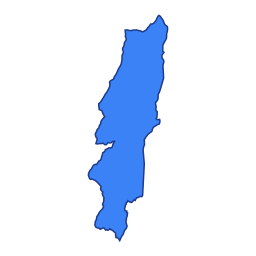 Teresina de Goiás, Goiás, Brazil (Robinson projection)
{"feature_id": "56859067B93645483356957", "entity_name": "Teresina de Goiás", "entity_type": "district", "adm_level": 2, "iso_a3": "BRA", "parent_name": "Brazil", "parent_adm1": "Goiás", "projection": "robinson", "projection_center": [-47.245, -13.693], "detail": "fine", "context": "isolated", "style": "filled", "palette": "blue", "viewbox_px": 256, "rotation_deg": 0, "n_neighbors": 0, "source": "geoboundaries", "source_scale": "gbopen_adm2", "svg_char_len": 3435}
<svg xmlns="http://www.w3.org/2000/svg" viewBox="0 0 256 256"><path d="M142.6,195.5L144.3,163.6L144.0,160.6L143.1,150.0L143.3,148.4L143.6,147.1L144.5,144.6L144.4,142.1L144.3,139.5L145.3,138.2L145.9,137.0L146.9,135.7L147.9,134.4L149.6,133.0L151.8,131.5L152.4,129.4L153.0,127.8L154.1,126.7L156.1,125.6L157.3,124.7L159.3,124.0L159.9,121.9L159.9,120.7L159.6,119.4L158.2,119.7L156.9,119.5L156.2,118.4L156.9,117.3L157.1,114.6L157.2,112.8L157.1,111.3L156.2,110.8L155.7,109.7L156.0,108.3L156.2,107.0L156.0,105.8L155.5,104.0L155.6,102.6L156.5,101.6L157.7,99.8L158.1,98.1L158.1,95.4L158.5,93.7L159.6,91.7L160.0,90.3L160.5,88.9L161.3,86.0L161.9,84.2L162.4,82.2L163.6,78.1L163.3,71.8L163.2,70.3L163.1,68.9L163.0,67.8L163.0,65.9L163.1,64.6L163.9,61.9L163.6,60.1L162.6,58.9L161.8,56.6L162.1,55.0L164.0,52.3L162.9,51.3L162.7,49.3L162.9,47.3L162.7,46.0L163.2,44.4L164.0,42.9L166.3,38.7L166.6,37.1L166.6,34.6L166.7,33.4L167.1,32.1L167.5,30.6L167.6,29.2L167.4,26.6L165.3,25.0L164.4,23.7L163.2,20.5L160.3,16.3L159.0,15.4L158.0,16.2L157.1,17.9L156.0,20.5L153.8,23.2L152.2,24.0L150.7,24.0L149.4,25.9L147.8,27.6L146.4,29.8L143.5,31.5L142.5,31.9L141.1,31.1L136.3,29.9L134.1,30.1L133.1,30.0L131.6,30.6L129.3,30.5L127.8,30.0L126.4,29.9L125.1,30.1L125.4,32.8L125.6,34.3L125.3,36.5L126.1,37.9L126.2,39.7L124.3,43.0L124.2,44.9L123.7,46.6L122.8,47.8L122.5,49.2L123.3,51.3L123.2,53.2L122.1,55.2L122.0,57.6L122.0,60.0L121.5,62.4L121.1,64.1L120.0,66.4L118.9,68.1L116.1,74.2L114.2,77.0L113.5,79.2L112.2,79.8L110.4,80.9L109.7,81.7L109.6,83.0L110.0,84.5L109.6,86.7L108.5,89.1L107.2,91.6L105.2,94.3L103.3,97.8L100.8,101.6L100.1,102.5L98.8,103.6L98.7,106.1L99.1,108.0L99.2,109.6L101.8,110.6L102.8,113.3L104.7,117.0L103.6,117.8L102.2,119.5L101.2,121.1L100.7,122.4L100.7,123.9L99.9,124.7L99.2,126.1L98.8,127.9L97.2,129.5L96.5,131.5L95.3,133.9L95.5,135.7L96.2,137.5L97.1,138.4L97.1,139.6L96.3,142.2L95.9,143.6L97.4,144.0L99.4,143.6L101.6,143.6L103.0,143.1L104.8,144.7L106.4,144.6L108.0,142.6L109.8,143.0L111.0,142.8L111.9,142.1L113.2,141.2L114.5,141.4L113.6,142.9L113.0,144.1L112.5,146.0L111.9,147.5L110.7,147.9L108.9,147.8L107.0,149.0L105.4,149.6L105.0,150.9L104.1,152.0L102.8,152.6L102.5,154.1L101.4,157.5L101.2,159.2L100.2,160.3L98.9,161.0L98.3,162.0L97.5,163.1L96.4,164.6L95.3,164.3L93.6,165.1L92.5,166.7L91.6,168.7L90.2,170.1L89.1,172.1L88.5,173.7L88.4,175.4L89.6,178.6L90.6,179.3L92.4,179.2L94.1,179.9L95.2,180.5L96.8,181.8L99.5,184.6L101.0,186.5L100.6,188.8L100.8,189.9L101.7,190.9L102.8,192.0L102.2,193.4L102.8,195.4L103.9,197.5L103.7,201.4L102.5,204.3L103.6,206.8L102.5,208.8L100.8,210.6L99.3,212.4L98.0,214.9L96.8,216.7L96.4,219.4L96.0,220.4L95.3,221.5L94.9,225.1L95.8,227.1L97.3,227.9L99.0,228.2L100.2,229.3L103.0,228.0L104.1,228.1L105.6,230.1L106.6,229.8L107.8,230.2L108.8,229.9L109.9,228.8L110.9,229.7L112.9,230.5L113.6,231.6L114.6,232.1L115.6,233.2L115.6,235.1L116.0,237.6L118.0,237.9L119.7,240.6L120.2,239.5L121.1,237.5L121.7,236.2L122.9,234.9L123.5,233.3L124.1,231.8L124.9,229.9L126.3,228.4L127.1,226.1L126.6,224.7L126.2,222.8L125.8,221.2L126.4,220.1L126.3,218.6L126.8,217.1L127.2,215.9L127.3,214.6L127.6,213.0L126.6,212.6L126.9,211.2L125.0,210.7L124.6,208.5L125.2,206.8L125.3,205.3L126.2,204.2L126.3,202.6L127.4,202.0L127.8,200.7L129.1,201.6L130.3,202.3L131.9,202.3L132.7,201.3L133.5,200.7L134.2,199.6L135.2,200.4L135.9,199.0L136.7,197.7L138.4,197.5L139.3,196.8L140.4,196.5L142.0,196.5L142.6,195.5Z" fill="#3b82f6" stroke="#1e3a8a" stroke-width="1.5"/></svg>